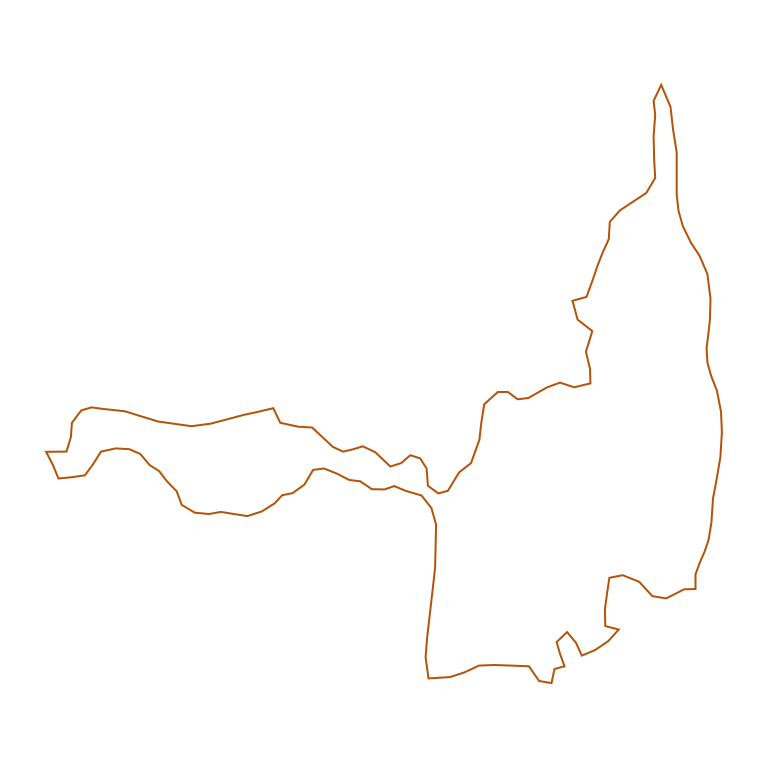 Paulista, Pernambuco, Brazil
{"feature_id": "56859067B6183136876088", "entity_name": "Paulista", "entity_type": "district", "adm_level": 2, "iso_a3": "BRA", "parent_name": "Brazil", "parent_adm1": "Pernambuco", "projection": "equal_earth", "projection_center": [-34.904, -7.91], "detail": "fine", "context": "isolated", "style": "outline", "palette": "amber", "viewbox_px": 768, "rotation_deg": 0, "n_neighbors": 0, "source": "geoboundaries", "source_scale": "gbopen_adm2", "svg_char_len": 2034}
<svg xmlns="http://www.w3.org/2000/svg" viewBox="0 0 768 768"><path d="M46.1,451.8L52.7,464.6L58.5,478.5L71.9,477.2L84.9,475.3L92.8,464.6L101.0,451.6L115.7,448.4L129.3,449.2L140.2,453.9L149.7,465.1L159.2,471.2L166.8,481.1L176.7,491.3L181.7,504.9L194.9,512.7L209.1,514.0L220.9,511.9L233.9,514.0L247.3,516.1L261.9,511.4L274.7,503.3L282.2,495.2L292.7,493.1L304.5,484.5L313.1,469.9L324.1,468.5L337.3,473.8L349.4,480.0L360.2,481.3L371.9,489.2L384.7,489.4L394.2,486.1L405.6,490.8L421.5,495.5L431.4,508.0L436.1,524.7L435.1,567.6L433.0,586.6L427.0,638.9L425.6,657.5L428.5,678.4L449.9,677.1L464.4,672.4L479.0,665.6L493.9,665.0L511.8,665.6L529.0,666.3L539.1,681.0L551.5,683.1L554.5,669.0L564.5,666.3L560.1,654.1L556.6,642.0L567.1,632.1L576.0,642.8L581.8,655.6L595.0,650.1L608.4,641.0L618.7,629.5L605.3,626.1L604.9,609.1L607.4,591.1L609.4,577.8L622.8,575.2L639.3,581.9L652.3,596.1L666.2,598.4L684.1,589.3L695.5,589.0L695.5,574.4L699.6,563.1L704.8,551.1L708.5,540.1L711.4,522.6L713.0,498.6L716.9,477.7L720.4,457.0L721.9,432.2L721.0,411.6L716.9,390.7L711.1,375.8L707.4,362.5L706.6,347.8L708.3,334.2L709.9,320.1L710.5,298.7L707.4,274.1L699.6,255.8L691.1,243.0L682.9,226.3L678.5,210.9L676.7,194.7L676.7,174.0L676.7,152.6L673.0,129.1L670.5,106.9L661.2,84.9L653.6,100.9L655.2,115.0L653.6,136.4L654.2,160.7L655.2,178.0L646.3,192.9L619.9,210.4L609.8,221.9L608.8,239.1L602.4,253.2L597.4,266.0L592.9,279.4L586.5,296.9L572.5,300.8L577.6,319.6L592.3,331.1L585.9,351.7L590.0,368.7L590.4,383.4L573.9,387.3L560.1,382.6L547.1,387.3L528.3,398.0L517.6,399.3L507.9,392.0L497.8,392.0L484.2,404.3L481.3,422.8L479.4,439.8L471.0,463.1L459.0,472.5L447.9,490.8L438.4,493.4L427.9,485.8L426.6,468.5L420.2,458.4L410.3,455.2L401.2,463.1L390.3,466.5L375.4,452.3L362.8,446.3L353.4,449.2L343.0,451.6L332.9,446.9L312.1,427.5L298.1,426.7L280.3,422.8L273.3,408.2L256.8,412.1L243.2,415.0L211.0,423.6L191.6,426.2L158.0,421.5L124.9,411.3L113.2,410.0L103.5,409.0L91.5,407.4L81.4,410.3L71.9,422.8L70.9,436.9L66.5,451.6L46.1,451.8Z" fill="none" stroke="#b45309" stroke-width="2"/></svg>